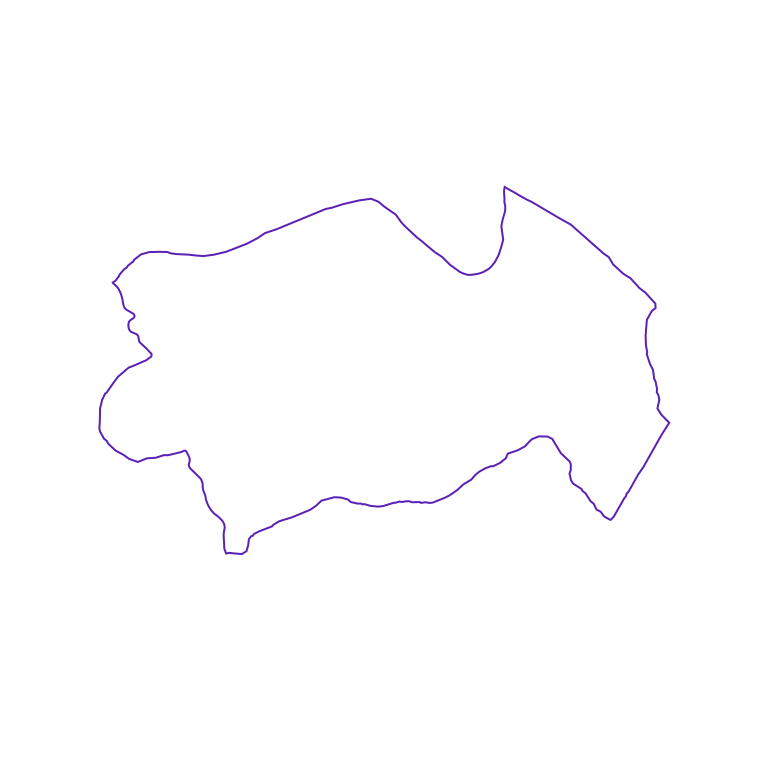 outline of San Agustín Acasaguastlán, El Progreso, Guatemala, rotated 69°
{"feature_id": "79465075B82802507944465", "entity_name": "San Agustín Acasaguastlán", "entity_type": "district", "adm_level": 2, "iso_a3": "GTM", "parent_name": "Guatemala", "parent_adm1": "El Progreso", "projection": "robinson", "projection_center": [-89.983, 15.017], "detail": "fine", "context": "isolated", "style": "outline", "palette": "violet", "viewbox_px": 768, "rotation_deg": 69, "n_neighbors": 0, "source": "geoboundaries", "source_scale": "gbopen_adm2", "svg_char_len": 4029}
<svg xmlns="http://www.w3.org/2000/svg" viewBox="0 0 768 768"><g transform="rotate(69 384 384)"><path d="M485.7,592.1L486.0,589.4L488.0,585.5L491.8,577.7L490.8,572.3L485.9,568.6L480.5,565.8L478.5,562.6L478.7,560.9L477.4,559.1L476.8,553.5L476.8,539.5L475.7,537.5L474.6,530.9L475.5,517.5L475.0,497.9L473.3,491.1L470.5,484.2L471.9,470.9L474.7,464.7L478.9,459.1L482.3,457.3L486.2,451.5L487.5,448.2L488.7,447.2L489.2,445.2L492.8,440.5L496.3,433.6L497.6,428.8L498.4,417.7L499.0,415.6L499.3,411.6L500.5,409.8L501.4,405.5L502.4,402.6L504.5,400.1L507.0,393.0L508.2,392.2L509.3,387.6L511.4,384.0L512.2,380.8L512.0,367.4L511.4,362.4L509.2,353.4L506.2,346.0L504.5,336.7L501.5,331.1L500.0,326.4L499.0,319.4L499.1,313.2L499.9,311.9L499.3,304.1L497.0,296.9L493.4,293.4L493.8,282.9L492.7,274.6L489.9,269.0L488.5,265.5L488.4,258.2L491.7,250.1L495.5,246.6L511.9,243.7L523.2,238.3L526.3,238.5L531.3,240.5L534.1,242.9L541.0,243.9L544.9,243.1L552.8,237.2L554.9,237.0L558.4,235.0L567.3,233.2L570.8,231.2L577.4,230.6L580.9,227.5L586.6,225.9L591.0,222.3L592.1,221.1L590.1,216.9L576.9,200.8L575.6,198.5L573.2,196.6L572.1,194.2L559.8,179.4L554.8,172.0L531.0,143.2L522.4,131.6L512.2,136.0L504.8,137.5L497.6,132.7L492.7,131.8L489.5,132.3L486.6,130.9L479.1,129.6L476.1,129.9L467.2,127.8L460.8,128.5L450.2,128.0L448.6,126.8L442.1,125.7L432.5,122.4L418.3,115.6L411.8,107.8L410.4,103.2L406.1,101.9L397.8,105.1L392.2,107.3L386.1,111.1L373.8,115.9L366.8,121.1L354.6,127.2L346.1,128.7L341.8,131.6L340.6,132.4L302.1,152.5L291.3,161.5L286.9,165.0L269.6,178.7L266.3,181.5L262.8,184.8L260.2,186.9L257.1,189.6L251.7,193.8L246.1,198.6L243.3,200.7L246.0,202.4L249.4,203.7L253.5,204.9L257.6,206.5L261.3,207.0L265.7,208.8L273.6,214.7L279.0,218.0L292.0,221.0L298.3,225.6L304.7,230.8L310.0,236.9L312.5,241.3L314.0,244.7L315.1,251.5L314.9,255.9L313.6,262.6L312.5,265.7L312.1,266.8L309.8,269.7L306.5,273.1L301.5,276.3L296.5,279.6L286.2,284.2L279.1,289.3L270.8,294.0L264.6,297.3L258.8,300.8L251.0,304.6L244.1,308.0L238.9,310.0L230.1,312.3L218.5,320.2L212.0,323.7L206.4,329.7L203.7,341.4L201.4,357.8L200.8,369.2L199.7,375.7L200.4,403.4L201.0,428.3L200.5,441.2L202.5,449.8L203.9,461.5L204.0,483.9L202.3,496.6L199.8,506.9L196.6,513.6L193.2,520.1L188.3,531.3L185.2,536.9L183.2,538.7L180.2,546.2L176.7,555.9L175.9,564.3L178.5,572.9L179.7,574.1L181.8,580.9L183.0,582.2L183.7,585.4L187.2,591.8L188.2,592.6L191.4,597.8L192.1,600.9L193.0,600.7L195.5,599.4L197.4,598.5L198.8,598.1L200.4,597.7L203.3,597.4L205.8,597.3L207.9,597.5L210.2,597.7L211.9,598.0L215.7,598.7L217.0,599.0L218.2,599.0L219.4,599.0L221.0,598.6L221.9,598.1L223.1,597.3L225.1,595.6L227.6,593.6L229.3,592.5L230.8,592.4L231.6,592.8L232.5,593.8L232.9,595.1L233.4,597.5L234.5,599.9L237.2,601.5L239.0,602.0L240.4,602.3L242.3,602.3L244.0,601.9L245.1,601.1L245.8,600.3L246.7,599.3L248.6,597.4L250.0,596.5L251.2,596.4L253.0,596.6L254.9,597.0L256.2,597.2L257.5,597.1L265.1,593.4L272.7,590.2L274.9,591.3L276.6,597.5L277.2,610.7L277.2,616.3L278.3,619.7L281.9,629.8L285.6,635.6L288.0,639.2L292.6,646.0L293.1,647.9L297.8,652.8L304.8,657.7L318.7,663.4L323.2,665.6L326.7,666.1L334.7,665.0L337.8,663.2L340.8,662.9L349.9,658.5L357.0,652.4L362.6,648.8L368.6,641.7L368.4,632.1L371.0,623.7L371.6,614.7L373.1,611.2L374.9,597.4L374.7,596.3L374.7,594.9L374.9,593.5L376.2,592.7L377.9,592.6L379.1,592.4L380.3,592.2L381.3,592.2L382.9,592.1L384.5,592.3L385.8,592.8L386.7,593.3L388.2,594.4L390.0,595.4L391.3,595.5L393.0,595.3L394.6,594.6L399.3,592.4L403.7,590.4L404.7,590.0L406.0,589.4L407.4,588.9L408.6,588.9L410.4,588.9L411.4,588.9L412.5,589.2L414.0,589.7L415.1,590.2L417.9,590.8L419.9,590.9L422.2,590.8L423.6,590.8L425.4,591.1L427.2,591.5L429.3,591.7L431.2,591.7L433.8,591.7L438.4,591.0L440.3,590.5L443.2,589.4L445.0,588.5L446.9,587.2L448.5,586.3L450.3,585.4L453.6,584.0L455.8,583.6L456.8,583.5L457.9,583.5L459.6,583.8L461.0,584.2L462.3,584.9L463.9,586.0L465.9,587.1L467.0,587.6L468.6,588.2L470.2,588.7L474.2,590.0L475.9,590.5L478.1,591.3L479.5,591.8L480.8,592.1L482.5,592.1L485.7,592.1Z" fill="none" stroke="#5b21b6" stroke-width="2"/></g></svg>